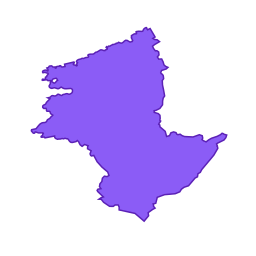 Qostanay, Equal Earth projection, rotated 348°
{"feature_id": "KAZ-3196", "entity_name": "Qostanay", "entity_type": "Region", "adm_level": 1, "iso_a3": "KAZ", "parent_name": "Kazakhstan", "parent_adm1": "", "projection": "equal_earth", "projection_center": [62.901, 51.427], "detail": "fine", "context": "isolated", "style": "filled", "palette": "violet", "viewbox_px": 256, "rotation_deg": 348, "n_neighbors": 0, "source": "natural_earth", "source_scale": "10m", "svg_char_len": 5524}
<svg xmlns="http://www.w3.org/2000/svg" viewBox="0 0 256 256"><g transform="rotate(348 128 128)"><path d="M167.6,36.0L170.3,35.3L173.4,44.6L170.9,45.5L172.3,46.9L174.9,47.8L176.8,50.1L171.4,51.9L169.0,53.1L169.5,55.5L170.8,58.2L172.3,58.4L173.8,60.0L173.5,63.0L171.5,64.6L172.4,67.0L175.3,67.5L176.1,70.7L176.3,73.7L177.6,75.5L179.7,77.0L177.7,78.2L172.8,78.7L171.5,80.7L171.8,81.7L172.6,82.4L173.3,83.8L173.3,85.1L173.1,87.2L171.4,88.7L170.7,93.1L170.7,97.9L170.5,104.3L168.7,106.0L167.5,108.7L166.6,112.5L163.2,115.5L158.8,116.6L157.2,116.5L156.9,118.2L160.6,120.2L161.9,122.2L161.5,125.2L161.0,126.3L160.8,127.5L161.4,128.0L160.9,128.7L159.8,129.4L158.8,130.7L159.7,131.7L159.5,133.5L163.7,139.0L164.0,144.3L167.0,144.1L169.0,141.6L171.8,141.3L174.0,142.5L174.5,144.3L175.4,144.9L177.7,144.9L179.3,146.7L181.5,148.1L189.8,150.3L196.4,149.4L199.0,151.0L199.0,153.4L198.0,154.8L199.2,156.2L201.5,157.8L204.4,156.4L207.5,155.4L213.5,154.7L217.2,153.7L218.9,152.7L219.7,153.1L220.7,154.1L223.1,155.4L221.7,157.8L219.4,159.7L212.7,161.4L211.3,161.9L211.4,163.0L211.7,163.6L211.3,164.3L211.7,165.1L211.6,166.6L206.3,172.4L191.5,184.0L189.5,186.4L186.9,187.3L185.8,190.2L183.2,190.9L175.2,197.1L170.6,197.6L167.5,199.0L165.4,201.2L160.5,202.1L149.9,200.8L142.2,201.9L139.5,207.4L136.8,207.5L137.0,208.3L136.7,209.9L137.8,212.0L135.1,212.8L130.1,215.0L129.9,218.1L124.4,222.5L117.1,213.0L102.3,206.3L102.9,203.4L102.3,201.2L99.4,200.6L97.3,201.6L93.7,200.8L88.7,195.6L87.0,192.2L84.8,191.6L87.2,190.6L89.6,190.3L85.2,183.9L84.8,182.6L85.8,181.6L88.9,181.7L87.9,179.3L89.0,176.7L91.3,174.9L92.5,171.8L94.9,170.2L97.4,171.2L99.5,170.5L99.0,166.8L94.5,161.0L90.8,154.6L88.8,147.7L86.6,147.8L85.8,147.1L85.5,145.4L87.2,142.6L84.1,139.9L84.6,137.9L85.3,137.1L82.2,135.1L79.3,136.4L77.7,134.5L77.2,132.9L76.9,131.3L75.8,129.7L74.4,130.5L70.6,130.6L69.3,130.2L68.7,129.7L68.1,128.9L67.2,126.7L66.6,125.9L65.8,125.8L64.8,125.2L64.0,125.0L62.8,125.2L62.5,125.1L61.7,124.7L61.2,124.6L59.6,124.7L59.1,124.7L58.2,124.4L57.0,124.4L56.5,124.3L55.9,123.8L55.2,123.3L54.9,123.1L54.6,122.5L54.4,121.9L54.4,121.0L54.5,120.6L44.8,120.4L44.6,120.3L44.5,120.1L44.4,119.6L44.2,119.4L41.7,119.1L41.2,118.9L41.2,118.3L41.6,117.9L42.7,117.5L43.1,117.2L43.2,116.5L43.3,116.3L44.0,115.8L44.1,115.6L43.5,115.0L39.4,114.2L37.1,112.8L36.4,112.6L36.1,112.9L35.9,113.3L35.3,113.6L34.6,113.5L34.1,113.1L33.1,111.2L32.9,110.8L33.0,110.3L33.4,109.6L37.9,109.6L41.2,106.9L43.0,105.7L44.9,105.1L46.2,105.1L47.4,105.3L48.6,105.3L49.8,104.6L50.7,103.4L51.1,103.1L53.3,102.4L53.8,102.1L54.9,101.1L55.4,100.9L56.3,100.4L57.1,99.8L55.3,97.9L55.2,97.4L55.1,96.2L55.0,95.7L54.8,95.5L54.5,95.3L52.4,94.8L52.0,94.5L51.9,94.0L52.1,92.7L52.0,92.1L51.9,91.7L50.0,91.5L49.7,91.4L49.5,90.8L49.0,90.5L48.9,90.2L48.9,89.6L49.4,88.5L50.4,88.0L51.5,87.8L52.5,87.4L53.3,86.3L53.7,85.9L57.7,83.2L55.8,81.8L57.6,81.8L58.4,81.6L59.9,80.7L60.7,80.6L61.5,80.8L62.2,81.2L62.9,81.4L63.6,81.5L64.3,81.4L64.9,81.2L66.0,80.5L66.5,80.4L67.2,80.6L69.3,82.2L70.0,82.4L70.7,82.1L71.2,81.8L71.6,81.7L72.6,81.8L74.9,81.6L75.7,81.8L77.2,82.7L78.0,82.8L79.7,82.3L80.6,81.8L81.1,81.2L81.5,79.8L81.6,79.1L81.4,78.5L80.8,77.8L80.1,77.4L75.3,76.7L73.7,76.2L72.3,75.2L71.4,74.2L71.0,74.1L68.8,75.0L68.1,75.1L67.2,74.9L65.0,73.6L64.3,73.3L62.1,73.4L61.1,73.2L60.2,72.5L59.7,71.9L59.5,71.1L59.6,70.4L60.1,69.8L61.1,68.7L61.4,68.0L61.5,67.1L61.9,66.8L62.5,66.7L63.0,66.8L63.5,67.1L64.5,68.3L65.1,68.7L65.8,68.7L66.4,68.4L67.6,67.5L68.1,67.1L69.1,66.7L68.5,64.9L68.2,64.5L67.9,64.4L65.4,64.4L64.7,64.6L63.7,65.6L62.9,65.7L59.8,65.1L59.3,64.9L58.8,64.1L57.7,63.8L54.6,63.7L54.0,63.2L54.5,62.5L56.8,63.1L57.6,62.6L57.7,61.5L57.8,61.2L58.2,61.0L59.1,60.9L59.3,60.6L59.5,60.0L61.2,58.6L61.2,57.9L60.7,57.6L59.3,57.0L58.9,56.5L58.6,56.4L58.2,56.3L56.7,56.3L56.2,56.2L56.1,55.9L56.1,55.6L56.1,55.3L56.3,54.9L56.7,54.5L57.1,54.3L58.2,54.2L58.9,54.1L60.0,54.3L60.7,55.2L61.1,55.5L61.5,55.5L61.8,55.0L61.9,54.5L61.8,54.0L61.3,53.0L61.1,52.4L62.4,52.3L62.9,52.1L63.8,51.2L64.3,51.1L66.1,51.3L66.5,51.6L67.1,52.6L67.5,52.8L69.1,53.1L69.2,54.0L69.4,54.3L69.8,54.4L70.2,54.3L70.4,54.0L70.6,53.1L72.8,53.1L73.4,53.4L73.6,53.4L74.1,52.9L74.5,52.9L75.1,53.1L75.3,53.7L75.3,54.0L75.5,54.3L75.9,54.5L76.7,54.7L79.2,54.8L79.2,52.4L88.4,52.2L88.8,52.2L89.1,52.5L89.1,53.1L88.1,53.6L87.8,54.0L87.8,54.5L88.2,55.0L89.3,55.4L90.3,56.3L90.6,56.5L90.9,56.5L91.2,56.3L91.3,56.1L91.1,55.3L91.0,55.1L91.0,54.8L91.3,54.5L92.2,53.7L91.7,53.1L91.4,52.2L92.1,51.4L93.2,50.9L94.1,50.7L96.1,50.7L97.3,50.3L97.7,50.3L98.7,50.7L99.3,50.7L101.2,50.3L103.4,50.5L104.0,50.3L104.3,49.8L104.3,49.4L104.1,49.0L103.9,48.5L104.2,48.1L105.0,47.9L106.3,47.9L108.9,48.4L109.7,48.4L110.3,48.2L111.5,47.5L112.1,47.2L113.6,47.2L117.3,45.9L118.1,46.0L118.7,46.2L120.6,47.3L121.5,47.5L121.7,47.1L122.4,46.9L123.3,46.8L124.0,46.6L124.3,45.8L123.6,45.1L123.3,44.7L123.9,44.0L124.3,44.4L124.5,44.5L125.1,44.5L125.8,43.9L126.2,43.9L127.1,44.1L127.7,44.0L128.8,43.6L129.5,43.5L129.9,43.3L130.3,43.1L131.2,43.3L133.4,43.1L133.7,43.1L134.1,42.6L135.1,42.8L135.7,42.7L136.6,42.2L138.3,43.3L139.0,43.6L139.8,43.6L141.2,43.1L142.6,42.2L144.0,41.7L145.5,42.2L147.3,43.9L147.9,44.3L148.3,44.4L148.7,44.4L149.2,44.1L149.9,44.3L150.1,44.3L150.8,43.4L150.0,40.4L150.5,39.8L150.4,39.3L150.4,38.6L150.7,38.3L153.5,37.3L154.2,37.3L155.4,37.6L155.9,37.5L156.1,36.9L155.8,35.9L155.9,35.5L156.5,35.4L158.7,35.6L161.8,36.4L162.5,36.3L163.0,35.8L163.6,34.9L164.3,34.3L165.0,33.9L166.6,33.5L167.0,33.7L167.3,35.5L167.6,36.0Z" fill="#8b5cf6" stroke="#5b21b6" stroke-width="1.5"/></g></svg>